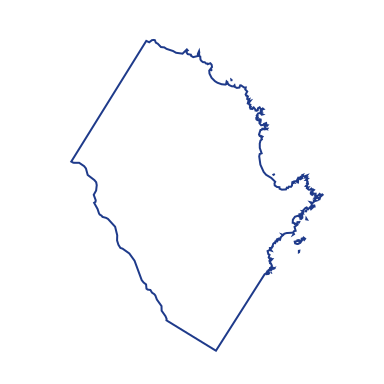 the district of Florentino Ameghino, Chubut, Argentina, rotated 304°
{"feature_id": "61730980B85426679485259", "entity_name": "Florentino Ameghino", "entity_type": "district", "adm_level": 2, "iso_a3": "ARG", "parent_name": "Argentina", "parent_adm1": "Chubut", "projection": "orthographic", "projection_center": [-65.622, -44.445], "detail": "fine", "context": "isolated", "style": "outline", "palette": "blue", "viewbox_px": 384, "rotation_deg": 304, "n_neighbors": 0, "source": "geoboundaries", "source_scale": "gbopen_adm2", "svg_char_len": 6151}
<svg xmlns="http://www.w3.org/2000/svg" viewBox="0 0 384 384"><g transform="rotate(304 192 192)"><path d="M149.7,74.9L149.9,77.3L153.1,82.1L153.1,88.1L152.2,90.9L147.8,96.0L147.3,104.4L146.5,107.1L144.4,109.2L139.6,111.7L134.7,112.1L131.3,116.8L129.9,117.5L128.3,116.9L125.1,123.2L122.3,126.8L121.7,128.1L121.8,130.3L121.3,131.7L122.5,135.2L122.7,137.4L120.2,147.7L114.3,154.2L109.9,157.0L107.1,160.5L105.6,163.9L106.2,166.1L106.0,174.4L102.9,182.8L90.8,199.6L89.9,202.5L89.7,205.6L86.4,208.3L86.3,209.8L87.5,212.3L86.2,215.1L86.2,217.9L85.7,219.5L83.2,223.0L80.4,230.5L76.6,233.2L74.2,239.5L72.6,241.9L71.3,242.6L73.8,300.6L164.4,298.2L166.1,299.0L168.3,298.8L168.6,300.3L169.9,299.1L170.9,299.4L170.9,300.1L172.6,299.2L173.7,300.4L172.4,301.4L173.3,301.5L174.0,302.7L174.9,302.7L173.1,301.2L173.9,300.5L174.5,301.6L174.6,300.5L173.9,299.7L175.7,299.3L176.8,297.5L176.6,296.6L177.9,296.0L177.8,295.4L178.7,295.4L178.6,294.7L179.7,294.7L180.3,295.0L180.3,295.9L181.2,296.0L180.7,295.2L181.1,294.3L180.2,293.5L180.6,292.2L183.3,291.4L183.2,290.0L185.3,287.7L187.3,288.8L187.8,290.6L188.5,289.0L188.0,288.7L189.1,287.9L190.6,289.9L190.4,289.2L191.3,289.3L191.0,288.5L191.8,289.2L194.6,288.3L196.0,288.7L196.2,289.5L197.6,288.8L198.7,290.3L199.3,290.1L199.1,289.1L200.4,289.0L200.8,290.3L201.5,289.7L202.1,290.1L201.9,291.6L204.2,290.9L206.9,291.4L207.1,290.6L207.4,291.7L208.9,291.8L210.8,293.3L214.9,298.6L216.4,298.4L217.8,299.6L220.4,296.5L223.8,297.7L223.9,295.9L222.9,295.0L223.4,294.3L222.8,292.7L225.5,291.1L229.1,291.2L231.6,293.2L231.7,295.5L230.5,296.8L231.3,297.0L231.1,297.7L232.4,297.9L234.4,296.3L234.1,295.4L233.5,295.8L232.8,295.1L232.9,294.1L233.6,293.5L235.1,295.2L235.6,294.9L236.2,296.1L236.8,295.1L237.5,295.4L237.8,294.2L238.2,295.0L238.7,294.4L242.2,295.0L243.2,295.6L242.5,296.8L243.0,296.8L242.7,297.9L247.2,298.7L247.5,299.4L247.0,300.0L248.4,301.7L249.2,300.9L247.6,298.9L249.2,297.8L249.7,295.8L250.0,296.6L249.5,296.9L249.6,297.9L252.3,298.6L253.2,297.7L253.6,298.4L253.2,299.0L254.2,299.8L254.1,298.9L255.3,297.8L255.3,297.0L256.4,297.5L257.6,297.0L257.6,296.4L258.5,296.7L258.4,295.9L259.7,295.4L258.6,293.7L257.4,293.5L257.7,293.0L256.7,292.5L257.0,291.4L258.3,290.7L259.2,291.9L259.5,291.3L261.9,291.9L261.8,290.5L260.8,289.7L261.3,289.0L260.0,288.7L259.2,287.5L259.4,285.7L260.7,285.8L259.8,284.9L261.0,284.3L260.6,283.1L263.6,283.7L264.1,283.2L263.7,282.4L266.0,281.8L265.1,281.6L266.3,280.7L265.8,279.9L267.3,280.3L266.9,279.7L267.9,279.6L267.8,279.0L268.3,279.0L267.4,277.9L270.0,278.0L268.0,276.6L267.0,274.7L265.4,275.2L265.3,274.1L264.6,274.1L264.9,273.5L263.9,273.3L263.4,273.8L263.9,275.1L263.2,274.8L263.0,273.5L263.7,272.9L263.3,272.1L260.9,272.4L261.0,273.5L259.2,274.5L259.0,273.7L259.7,272.8L257.9,270.7L257.2,270.3L256.9,271.3L256.4,270.1L255.9,270.6L255.6,270.0L253.2,271.3L251.7,271.2L250.5,269.2L249.0,269.4L248.6,268.2L246.7,268.5L244.2,265.2L243.7,262.8L244.9,261.8L243.7,259.7L243.7,256.9L245.4,255.5L247.0,255.3L248.0,249.9L247.7,243.8L248.7,240.2L252.9,233.4L259.1,227.8L261.4,226.9L263.0,228.1L266.4,223.6L270.0,221.1L272.9,220.0L274.8,220.5L275.6,219.3L277.3,219.5L277.1,217.9L276.6,218.0L276.3,216.8L277.1,215.4L281.7,214.1L282.4,214.9L283.7,214.9L283.7,215.6L284.3,215.8L284.3,216.8L285.5,217.1L285.8,218.2L286.7,215.9L287.7,215.1L288.5,215.3L288.7,217.2L289.6,217.3L289.1,216.3L290.6,214.9L288.6,213.5L287.6,213.7L286.0,212.0L286.8,209.4L287.7,208.9L288.2,209.4L288.6,208.7L289.4,209.2L290.5,208.4L290.2,207.6L288.6,207.3L288.2,205.9L288.9,205.5L288.4,204.7L289.4,203.8L290.5,203.8L290.7,204.6L291.4,203.2L292.0,203.6L292.4,202.9L294.1,202.9L295.7,204.4L295.1,206.6L295.9,207.3L295.8,206.4L296.6,205.4L296.4,204.6L297.1,204.0L297.6,204.7L297.9,203.6L298.5,203.6L298.4,204.2L298.9,204.8L298.7,204.3L299.7,204.1L300.7,204.9L300.8,203.9L299.6,203.5L299.2,202.4L300.0,200.7L298.3,199.9L296.5,200.8L295.4,200.1L295.1,199.1L295.7,198.9L296.6,195.9L294.6,195.7L293.7,193.9L294.6,192.6L295.3,192.3L295.7,192.9L296.0,191.6L297.0,191.5L296.6,188.7L298.0,188.2L298.2,189.3L300.1,189.4L299.1,188.7L299.1,187.9L301.0,187.5L299.9,186.7L300.0,185.7L302.0,185.1L301.6,184.8L302.6,183.8L302.2,183.0L302.9,181.9L306.2,181.6L306.8,178.8L308.7,178.1L307.8,176.9L307.8,172.9L307.4,172.3L305.1,172.9L303.4,171.0L303.1,168.8L304.2,167.6L302.8,167.4L301.9,165.9L301.4,162.9L302.0,161.1L299.7,159.6L297.9,156.3L296.8,152.0L296.7,149.1L297.6,144.4L299.9,140.3L302.3,138.4L306.8,138.7L308.5,137.1L309.0,135.2L306.8,133.6L307.1,133.0L306.4,132.0L306.7,130.0L305.8,128.5L305.9,126.6L306.5,125.0L308.9,123.1L308.7,122.0L310.2,120.9L310.0,120.2L311.6,120.1L312.7,119.1L309.8,119.6L308.0,120.8L304.5,117.6L304.4,115.1L305.2,114.3L303.9,111.3L304.6,109.5L306.5,108.7L307.0,109.1L307.3,108.0L301.4,106.8L298.5,100.9L298.3,97.5L296.4,90.8L296.4,88.2L294.8,85.2L295.8,80.7L295.6,78.5L297.1,76.3L296.7,75.3L295.5,73.9L292.2,72.8L291.7,69.6L149.7,74.9ZM210.5,307.0L208.3,304.9L207.1,306.2L207.7,308.3L208.7,309.4L210.4,309.6L210.5,310.2L214.2,310.2L211.4,309.2L211.1,308.5L211.9,307.5L211.0,306.5L210.5,307.0ZM261.8,298.9L257.9,298.2L256.9,298.9L258.1,300.6L257.8,301.4L258.7,301.4L261.6,300.0L261.8,298.9ZM215.8,310.1L214.7,309.0L214.2,309.2L215.5,310.2L215.0,311.8L216.5,311.9L216.6,310.0L215.8,310.1ZM246.7,300.8L245.1,299.3L244.4,300.3L246.7,300.8ZM262.8,301.3L261.3,300.7L260.8,301.4L262.7,301.9L262.8,301.3ZM253.2,250.6L251.5,249.6L251.1,249.6L253.2,250.6ZM240.9,297.3L239.8,296.9L238.9,297.4L240.9,297.3ZM227.0,297.7L226.0,296.3L225.4,296.6L226.4,297.8L227.0,297.7ZM167.6,301.3L167.2,300.6L166.3,300.6L166.9,301.3L167.6,301.3ZM303.0,140.0L304.0,139.9L304.1,139.5L303.0,140.0ZM203.3,313.8L203.0,313.5L201.8,314.3L202.0,314.4L203.3,313.8ZM302.9,159.6L303.0,158.9L302.0,159.3L302.9,159.6ZM233.5,302.7L234.0,301.6L233.2,302.0L233.5,302.7ZM213.4,299.8L214.1,300.1L214.3,299.7L213.4,299.8ZM306.0,162.8L307.1,162.0L307.1,161.8L306.0,162.8ZM268.1,274.3L267.5,273.9L267.1,274.2L267.3,274.4L268.1,274.3ZM257.9,301.6L257.4,301.3L256.8,301.4L257.3,301.8L257.9,301.6ZM286.6,219.1L286.1,218.4L285.7,218.5L286.2,219.1L286.6,219.1ZM169.5,303.1L168.9,302.9L169.9,303.3L169.5,303.1Z" fill="none" stroke="#1e3a8a" stroke-width="2"/></g></svg>